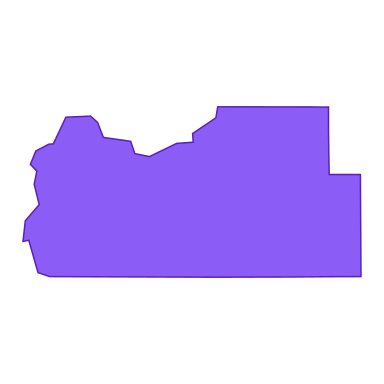 Tate, Mississippi, United States of America
{"feature_id": "52423323B67875317902203", "entity_name": "Tate", "entity_type": "district", "adm_level": 2, "iso_a3": "USA", "parent_name": "United States of America", "parent_adm1": "Mississippi", "projection": "equal_earth", "projection_center": [-90.006, 34.663], "detail": "fine", "context": "isolated", "style": "filled", "palette": "violet", "viewbox_px": 384, "rotation_deg": 0, "n_neighbors": 0, "source": "geoboundaries", "source_scale": "gbopen_adm2", "svg_char_len": 560}
<svg xmlns="http://www.w3.org/2000/svg" viewBox="0 0 384 384"><path d="M49.6,276.6L215.8,277.2L246.9,277.1L288.3,277.0L329.9,276.7L361.0,276.6L360.4,174.5L329.2,174.5L328.8,153.0L328.5,129.8L328.5,107.0L324.1,107.1L311.1,106.9L217.7,106.8L215.9,117.8L192.6,133.5L193.2,142.2L176.6,143.4L149.4,156.6L134.8,153.6L130.7,141.3L103.4,137.4L97.6,122.5L90.6,116.1L65.9,117.2L53.3,143.9L48.7,144.2L35.8,151.0L30.4,164.4L36.8,171.1L34.2,184.3L39.2,204.6L25.3,220.7L23.0,241.4L28.8,240.3L38.0,272.6L49.6,276.6Z" fill="#8b5cf6" stroke="#5b21b6" stroke-width="1.5"/></svg>